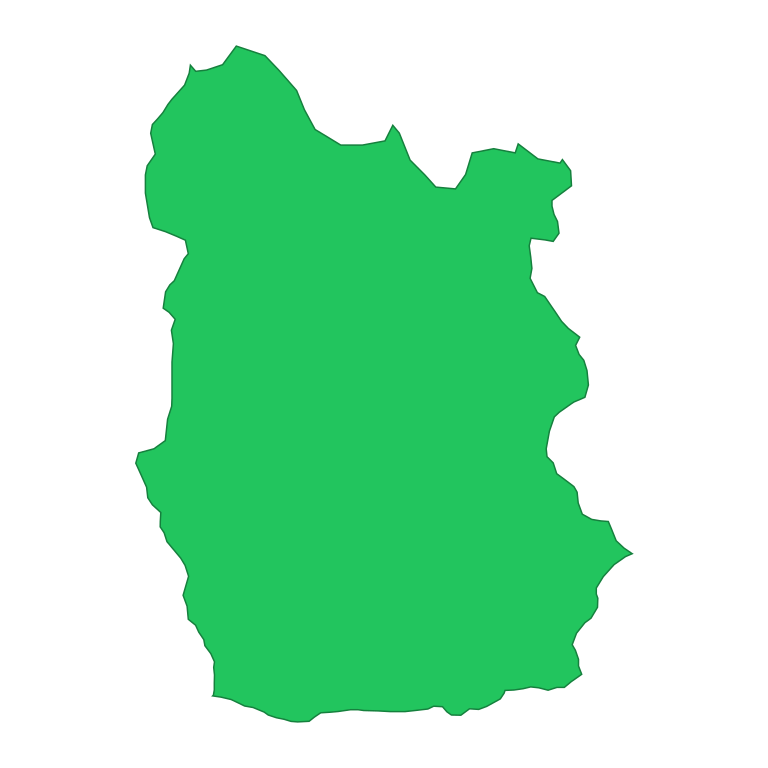 Pentakomo, Limassol, Cyprus (Mercator projection)
{"feature_id": "46923920B26636173869632", "entity_name": "Pentakomo", "entity_type": "district", "adm_level": 2, "iso_a3": "CYP", "parent_name": "Cyprus", "parent_adm1": "Limassol", "projection": "mercator", "projection_center": [33.252, 34.733], "detail": "fine", "context": "isolated", "style": "filled", "palette": "green", "viewbox_px": 768, "rotation_deg": 0, "n_neighbors": 0, "source": "geoboundaries", "source_scale": "gbopen_adm2", "svg_char_len": 2520}
<svg xmlns="http://www.w3.org/2000/svg" viewBox="0 0 768 768"><path d="M190.4,65.2L189.2,73.2L184.6,85.1L171.8,99.4L167.9,104.5L163.0,112.5L157.4,119.1L152.4,124.5L150.7,133.3L155.3,154.1L147.2,165.8L145.4,174.9L145.4,193.1L149.5,217.7L153.0,227.6L165.6,231.7L176.9,236.4L185.4,240.2L188.3,253.7L184.2,258.7L174.3,280.7L169.9,284.8L165.6,291.8L163.2,308.2L169.1,312.3L175.2,319.3L171.4,330.2L173.4,343.6L172.0,362.1L172.0,373.2L172.0,384.1L172.0,398.4L171.7,406.3L167.6,419.2L165.3,440.6L153.9,448.8L138.7,452.9L135.8,463.2L141.1,474.9L146.6,487.2L147.8,497.8L152.4,504.8L160.8,512.5L160.3,521.5L160.2,526.9L164.1,532.7L167.0,541.7L180.7,558.1L185.1,565.4L188.6,576.3L183.1,595.3L187.1,606.2L188.3,619.3L195.6,625.2L198.8,632.2L203.8,639.6L204.9,645.7L210.8,653.6L214.5,661.8L213.7,667.4L214.5,675.0L214.3,682.9L214.3,689.9L213.4,695.2L212.7,695.9L220.9,697.1L231.1,699.5L238.9,703.2L244.6,706.0L253.1,707.5L264.2,712.1L268.2,715.0L276.3,717.7L284.2,719.3L291.1,721.4L297.7,721.9L309.1,721.3L314.5,717.0L320.7,712.8L330.2,712.2L338.1,711.5L350.6,709.7L358.0,709.7L363.7,710.5L378.1,710.9L390.6,711.6L404.9,711.6L415.0,710.5L427.9,709.0L433.7,706.2L442.5,706.7L446.9,711.8L451.4,715.0L460.9,715.2L469.5,708.8L478.7,709.4L486.7,706.4L500.3,698.9L504.1,693.2L505.0,690.4L513.9,690.0L523.1,688.7L530.7,686.9L538.8,687.8L548.1,690.2L556.9,687.4L564.3,687.4L571.3,681.6L581.7,674.3L578.5,666.0L578.5,659.3L575.4,650.3L572.2,644.7L576.5,633.2L584.9,622.7L591.0,618.2L597.5,607.3L597.8,598.2L596.3,594.1L596.3,588.0L603.3,576.6L614.1,564.6L625.5,556.6L632.2,553.7L631.3,553.1L624.0,548.1L616.2,540.8L611.5,529.1L608.3,521.5L600.7,520.9L591.7,519.4L582.3,514.2L578.2,503.0L577.1,492.2L573.9,486.6L563.9,479.0L556.7,473.7L553.2,462.9L547.0,456.7L546.2,448.8L549.4,431.2L554.3,416.9L559.3,412.2L570.9,404.0L573.9,402.0L584.9,397.3L588.4,385.0L587.0,370.6L583.8,360.3L579.1,354.5L575.6,345.4L579.7,337.2L568.3,328.4L561.6,321.4L554.9,311.4L551.1,305.9L544.7,296.5L537.4,292.7L530.1,278.3L531.9,268.4L530.7,256.9L529.2,245.8L531.0,238.2L545.0,239.9L553.2,241.4L559.0,233.2L557.5,221.5L554.0,214.4L552.0,206.2L552.0,200.4L571.5,185.8L570.6,170.7L570.3,170.3L562.4,159.6L560.0,163.1L537.9,158.9L518.2,143.9L515.2,152.9L493.7,148.7L472.2,152.9L465.6,174.5L455.5,188.9L435.8,187.1L425.0,175.1L410.1,160.1L399.3,133.1L392.8,125.3L385.0,140.9L362.3,145.1L340.8,145.1L315.1,129.5L304.4,109.7L296.6,90.5L279.3,70.7L265.0,55.7L236.3,46.1L222.6,64.7L206.4,70.1L195.7,71.3L190.4,65.2Z" fill="#22c55e" stroke="#15803d" stroke-width="1.5"/></svg>